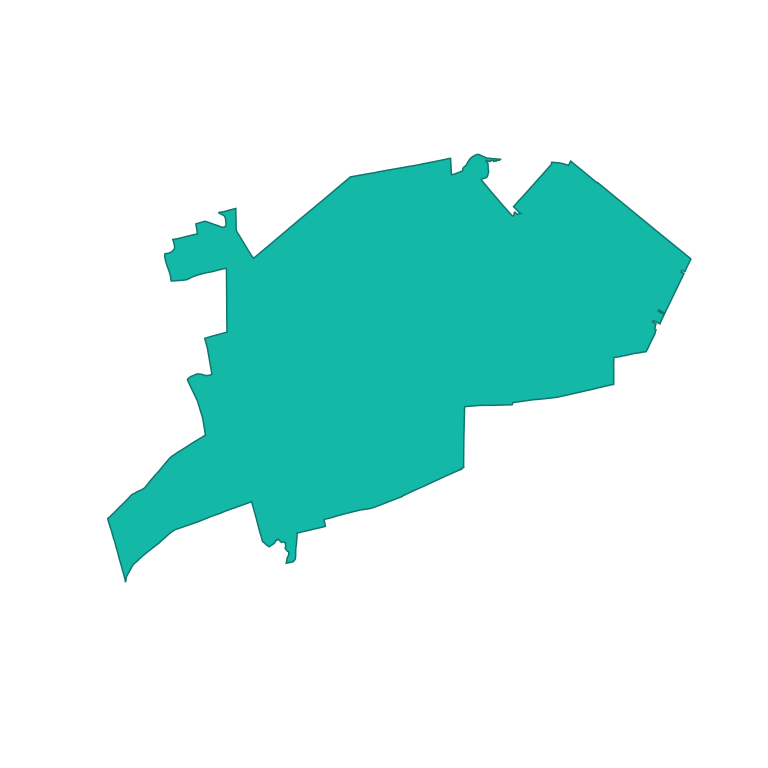 Trifesti, Neamt, Romania (Mercator projection), rotated 289°
{"feature_id": "2599482B56536126693298", "entity_name": "Trifesti", "entity_type": "district", "adm_level": 2, "iso_a3": "ROU", "parent_name": "Romania", "parent_adm1": "Neamt", "projection": "mercator", "projection_center": [26.835, 46.906], "detail": "fine", "context": "isolated", "style": "filled", "palette": "teal", "viewbox_px": 768, "rotation_deg": 289, "n_neighbors": 0, "source": "geoboundaries", "source_scale": "gbopen_adm2", "svg_char_len": 6147}
<svg xmlns="http://www.w3.org/2000/svg" viewBox="0 0 768 768"><g transform="rotate(289 384 384)"><path d="M644.1,520.2L643.6,519.9L648.9,505.8L649.7,503.6L655.5,487.9L650.6,487.3L650.8,485.2L650.6,480.9L650.3,478.9L649.8,476.3L649.1,473.5L648.3,470.4L647.3,470.5L647.0,470.8L646.4,470.8L645.3,470.4L633.5,465.5L632.5,465.2L629.6,463.8L619.3,459.6L617.9,458.9L612.2,456.6L606.5,454.1L604.6,453.3L601.1,451.7L599.2,451.0L593.9,448.7L593.0,450.5L591.0,454.3L590.1,456.2L589.8,457.7L589.6,457.2L589.2,456.6L588.8,456.1L587.8,455.2L587.9,454.5L589.1,452.1L588.9,451.5L588.3,451.3L587.0,451.8L585.8,451.7L584.7,451.1L584.6,450.9L585.6,449.0L591.6,438.2L599.1,425.5L600.3,423.3L608.8,409.4L609.7,409.6L611.2,412.0L612.3,413.3L613.2,414.0L614.4,414.1L614.8,414.2L615.7,414.2L616.9,413.9L618.2,414.0L619.2,413.7L621.0,412.6L622.4,412.1L626.2,410.6L626.4,410.3L627.8,408.6L628.5,407.7L628.8,407.0L628.8,407.6L628.6,409.0L628.7,409.9L628.7,411.7L629.6,411.7L630.9,414.3L630.9,414.6L630.7,414.7L630.3,415.1L630.2,415.3L630.4,415.7L630.7,415.8L631.2,416.4L631.0,417.2L631.1,417.3L631.5,417.7L631.9,417.8L632.6,418.3L632.6,419.4L632.9,419.9L633.4,420.2L634.2,421.1L634.4,421.1L634.3,420.7L633.0,415.4L632.7,414.5L632.1,411.8L631.6,409.5L631.3,408.6L631.1,408.0L631.2,406.8L631.3,405.4L631.4,403.4L631.5,402.6L631.6,402.1L631.6,401.1L631.9,399.8L631.7,398.1L631.4,397.3L630.0,395.7L628.3,394.2L626.4,392.8L625.3,392.2L623.1,391.5L622.0,391.2L617.9,390.5L616.6,389.9L615.0,388.9L614.6,388.7L613.3,388.4L612.9,388.5L611.3,388.9L610.9,388.8L609.1,386.7L607.2,384.3L606.0,383.0L604.1,380.3L603.9,379.7L605.8,378.8L609.1,377.5L619.0,373.5L618.4,372.1L617.7,371.0L615.6,367.6L615.1,366.6L613.9,364.7L611.7,361.0L604.9,349.2L602.2,344.8L599.1,339.2L597.2,335.5L594.4,330.7L593.7,329.3L588.1,319.2L587.7,318.4L584.1,312.0L582.4,309.0L581.1,306.9L574.9,295.6L569.6,286.1L569.0,284.9L558.0,278.3L536.7,265.6L509.5,249.1L489.8,237.4L468.0,224.3L460.6,219.9L461.1,218.8L462.2,217.0L463.5,215.4L477.7,198.3L479.6,195.9L480.6,194.9L481.2,194.4L482.3,193.8L490.4,190.9L501.7,186.7L497.4,180.1L495.0,176.8L492.4,172.0L492.0,172.2L491.6,174.0L491.3,176.7L491.0,178.1L490.8,178.4L489.3,179.9L488.4,180.5L487.7,180.8L483.7,182.6L482.0,183.1L480.8,182.2L480.0,181.1L479.7,180.9L479.6,180.7L479.5,179.9L479.6,176.3L479.7,174.0L479.6,173.8L479.7,161.9L474.2,154.0L465.2,158.7L459.3,149.3L456.8,145.6L454.2,141.5L453.5,140.3L452.9,139.0L452.3,138.1L451.9,137.2L451.0,137.9L450.2,138.6L448.2,139.9L446.8,140.7L445.0,141.6L444.3,141.6L443.1,141.6L441.4,141.0L439.9,140.1L439.0,139.3L437.8,138.0L437.2,137.2L436.8,136.4L436.4,135.3L436.1,134.7L435.4,134.5L433.7,134.9L432.2,135.6L430.0,137.0L428.4,138.0L425.5,140.1L422.1,142.9L420.0,144.6L417.7,146.2L415.4,147.6L413.6,148.3L412.2,149.1L412.4,150.0L413.1,151.9L414.5,154.8L415.8,158.2L416.8,160.4L418.7,164.0L420.0,165.2L423.9,169.1L427.2,173.5L431.5,180.0L433.6,183.9L440.4,194.3L442.1,197.2L441.4,197.6L381.9,218.6L373.4,206.1L368.8,199.6L360.3,205.4L337.2,218.1L335.7,216.4L334.1,213.4L333.8,210.5L333.9,209.6L333.8,208.7L333.2,205.5L332.5,203.7L330.2,201.3L328.0,198.7L325.5,197.1L324.9,196.8L324.4,196.7L323.4,197.2L307.1,213.2L292.4,223.9L277.5,231.8L265.0,221.3L262.4,219.4L252.1,211.1L246.5,206.9L246.0,206.6L244.3,205.6L242.1,204.7L238.6,203.3L228.6,199.6L227.2,199.0L222.2,196.8L220.2,196.1L217.4,194.9L211.0,192.6L208.6,191.8L207.6,191.3L204.8,189.0L203.3,187.3L201.8,185.6L200.4,184.6L197.1,181.4L192.2,179.3L189.3,177.9L187.7,177.2L181.4,173.9L180.6,173.6L178.0,172.3L175.1,171.0L171.8,169.2L170.1,168.5L167.1,166.7L166.6,166.6L160.2,171.2L157.0,173.7L154.2,175.7L153.1,176.2L151.8,177.5L151.6,177.5L149.7,178.6L149.2,179.2L147.8,180.4L144.3,182.7L142.6,183.7L139.9,185.8L134.5,189.3L121.8,198.1L115.6,202.4L114.5,203.0L112.5,203.9L114.5,204.0L115.5,203.6L117.0,203.3L118.5,203.3L130.4,205.4L132.2,206.0L133.9,206.9L136.6,208.6L138.8,209.6L143.5,212.2L149.6,216.0L160.6,223.2L164.3,225.2L172.2,229.6L175.8,231.9L177.6,233.4L178.2,234.0L180.0,236.1L181.6,238.3L185.1,242.7L193.7,253.7L196.3,256.6L201.3,262.4L202.9,264.1L206.8,269.2L209.0,272.0L210.4,273.4L212.6,276.0L214.1,277.8L215.8,279.9L217.5,282.0L218.2,283.2L218.7,283.8L220.1,285.3L228.8,296.2L229.3,296.7L229.7,296.7L229.8,296.9L223.6,301.3L214.3,307.7L212.8,308.6L203.4,314.9L197.3,319.3L196.2,319.8L195.5,320.6L195.2,321.4L195.0,322.2L194.1,324.1L193.8,324.6L192.7,328.4L193.5,329.2L195.0,330.1L196.9,331.7L198.5,332.5L200.2,332.7L201.5,333.1L201.6,333.9L202.8,334.5L200.8,338.5L201.5,339.5L202.0,340.6L202.1,341.8L201.7,342.8L200.9,342.5L200.2,343.1L199.3,343.4L198.7,343.9L196.7,343.9L196.0,344.6L194.8,346.5L194.0,348.8L192.2,349.3L189.9,349.4L188.7,349.0L182.7,349.9L185.8,355.2L186.2,355.7L186.6,356.1L188.3,356.8L189.2,357.0L190.1,357.1L194.2,356.0L197.3,354.9L198.9,354.4L201.8,353.7L203.1,353.6L212.2,351.2L214.9,350.3L214.9,350.8L217.4,354.5L220.3,359.3L225.2,366.9L227.3,370.3L230.3,375.0L236.0,371.6L236.5,371.6L237.0,372.2L239.1,375.8L242.3,380.4L243.3,381.5L249.7,391.0L257.8,403.7L258.3,404.9L260.7,409.6L261.8,411.5L264.2,414.9L283.7,438.0L284.9,438.3L284.9,438.6L285.6,439.5L290.9,444.8L295.2,449.4L302.4,457.2L306.9,461.7L313.0,468.2L314.1,469.3L315.4,470.7L315.7,470.9L323.7,479.5L327.0,483.1L328.6,485.0L328.9,485.2L329.3,484.5L331.1,486.6L332.6,485.9L358.3,477.3L388.8,467.6L395.0,481.6L399.3,493.9L406.1,511.9L406.2,512.1L408.3,511.8L418.4,531.6L419.3,534.0L424.0,544.1L427.8,552.0L440.9,573.2L443.3,577.0L446.6,582.5L448.3,585.0L455.3,596.0L456.0,597.3L457.5,599.6L458.4,601.3L470.8,597.1L473.0,596.3L474.8,595.6L483.8,592.7L486.2,597.3L487.3,599.2L487.8,599.8L489.5,603.0L493.5,609.3L495.1,612.0L495.9,613.9L499.7,620.8L499.7,621.2L503.2,621.9L508.0,622.3L512.1,622.8L518.9,623.8L518.9,623.6L521.0,623.7L523.8,623.5L523.7,623.2L524.5,621.7L525.4,622.0L525.9,622.0L526.5,621.7L527.6,621.6L528.9,621.7L529.3,621.6L530.0,617.8L530.8,617.8L531.6,617.8L530.7,625.4L532.1,625.4L534.5,625.6L541.1,626.3L541.7,621.7L542.2,619.4L543.6,619.7L543.1,622.1L542.5,626.5L586.2,631.7L586.5,628.5L588.5,628.7L588.2,631.9L595.7,632.7L602.2,633.5L617.2,592.6L631.3,554.6L638.8,534.4L644.1,520.2Z" fill="#14b8a6" stroke="#0f766e" stroke-width="1.5"/></g></svg>